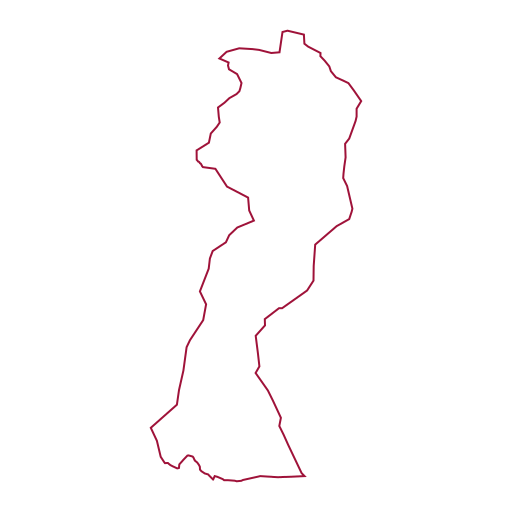 the district of U'yench, Hovd, Mongolia
{"feature_id": "93677404B15711352976566", "entity_name": "U'yench", "entity_type": "district", "adm_level": 2, "iso_a3": "MNG", "parent_name": "Mongolia", "parent_adm1": "Hovd", "projection": "albers", "projection_center": [91.693, 45.879], "detail": "fine", "context": "isolated", "style": "outline", "palette": "rose", "viewbox_px": 512, "rotation_deg": 0, "n_neighbors": 0, "source": "geoboundaries", "source_scale": "gbopen_adm2", "svg_char_len": 2436}
<svg xmlns="http://www.w3.org/2000/svg" viewBox="0 0 512 512"><path d="M361.2,101.1L353.8,90.4L348.4,83.1L344.0,81.0L336.6,77.6L335.9,77.3L330.9,71.2L329.3,66.4L324.6,60.6L320.4,56.2L320.5,53.0L308.1,46.6L304.4,43.7L303.9,34.6L287.5,30.7L282.5,32.0L279.5,52.3L271.3,53.0L259.1,49.9L252.5,49.1L239.2,48.3L226.6,51.8L219.4,58.5L228.6,62.5L228.0,65.5L229.0,69.3L237.1,74.1L241.5,83.0L240.4,87.9L239.4,91.2L236.5,94.1L229.4,98.1L224.5,102.7L218.0,107.5L218.8,116.8L219.7,122.5L216.8,126.8L210.8,133.5L208.9,142.7L196.6,150.4L196.7,159.8L197.0,160.1L197.4,160.5L197.7,161.0L198.2,161.6L198.9,161.8L199.5,162.4L199.9,163.1L200.2,163.4L200.7,163.6L201.1,164.1L201.4,164.8L201.9,165.5L202.0,166.0L202.9,167.1L215.4,168.8L227.0,186.6L248.1,197.6L249.2,210.5L253.9,220.6L237.3,227.5L229.2,235.2L225.9,242.3L212.7,251.0L209.9,258.5L208.7,268.7L199.9,291.4L206.1,304.3L203.2,320.1L190.0,340.1L186.6,347.2L183.4,370.6L179.0,390.1L176.9,404.7L150.8,427.8L156.9,440.8L160.7,456.8L164.1,462.0L164.9,463.1L165.8,463.1L167.0,463.0L167.9,463.0L169.1,464.1L169.3,464.2L169.9,464.7L170.2,465.0L173.1,466.5L173.6,466.7L176.8,468.2L177.0,468.3L177.9,468.3L179.0,467.9L179.0,467.2L179.1,466.9L179.1,466.4L179.3,464.6L179.4,464.3L181.0,462.5L182.1,461.3L183.1,460.1L187.4,455.6L188.4,455.4L188.6,455.5L188.8,455.5L189.6,455.7L192.1,456.4L192.7,456.6L193.5,457.6L193.6,457.9L194.0,458.8L194.7,460.3L194.8,460.3L194.9,460.6L195.4,461.0L195.6,461.2L197.1,462.4L197.5,462.9L198.2,463.9L198.8,464.7L199.0,465.1L199.7,466.4L199.8,466.6L199.9,467.5L200.0,469.6L201.4,471.2L204.4,473.2L204.6,473.4L208.1,474.4L208.4,474.7L209.2,475.6L213.1,479.5L213.2,479.4L214.1,477.4L214.7,476.1L217.3,476.8L222.7,479.1L223.1,479.4L224.1,480.2L226.2,480.2L228.0,480.2L234.6,480.7L236.6,481.2L236.8,481.3L237.3,481.2L241.3,480.8L242.9,480.0L251.0,478.2L258.2,476.6L260.2,476.1L268.1,476.6L272.0,476.8L272.5,476.9L274.2,477.0L277.8,477.2L281.4,477.1L282.1,477.0L286.9,476.9L292.0,476.7L296.1,476.5L304.5,476.1L301.6,473.1L288.1,444.7L283.7,434.9L279.3,426.0L280.9,417.8L273.0,400.8L267.9,390.5L255.6,373.0L259.4,366.4L257.9,353.1L255.7,335.8L265.0,325.4L264.8,319.1L279.0,308.2L282.1,308.2L307.1,290.5L313.5,280.6L313.7,265.9L315.2,244.6L336.7,226.1L349.2,219.1L351.6,211.9L352.4,208.7L347.1,186.0L343.2,178.1L343.5,173.7L344.3,166.4L345.6,157.4L345.1,143.8L349.2,138.6L354.5,124.0L355.6,120.9L356.6,116.6L356.6,108.7L361.2,101.1Z" fill="none" stroke="#9f1239" stroke-width="2"/></svg>